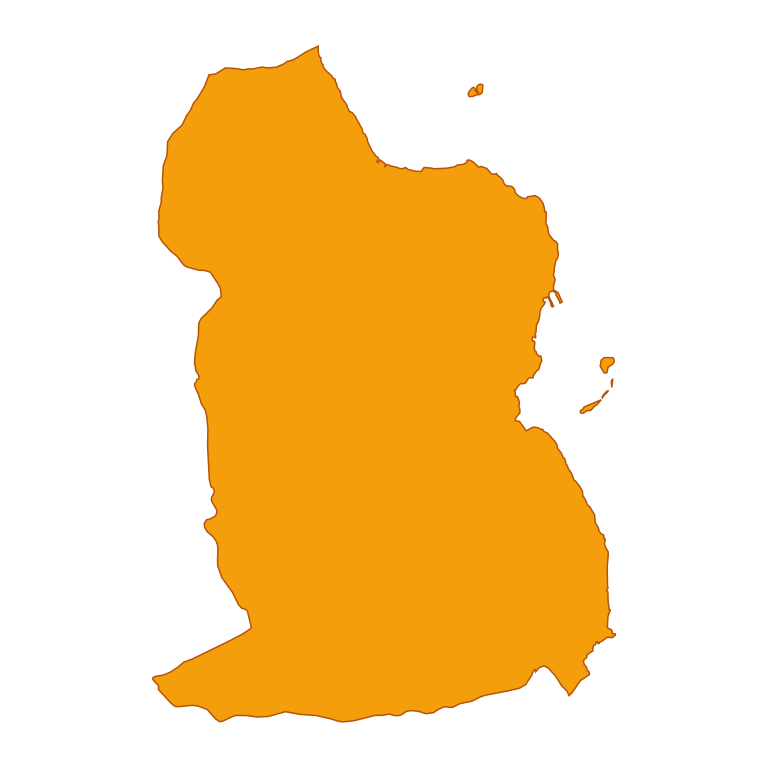 the district of Asseb, Debubawi Keyih Bahri, Eritrea
{"feature_id": "51966322B31129292770878", "entity_name": "Asseb", "entity_type": "district", "adm_level": 2, "iso_a3": "ERI", "parent_name": "Eritrea", "parent_adm1": "Debubawi Keyih Bahri", "projection": "natural_earth1", "projection_center": [42.689, 12.973], "detail": "fine", "context": "isolated", "style": "filled", "palette": "amber", "viewbox_px": 768, "rotation_deg": 0, "n_neighbors": 0, "source": "geoboundaries", "source_scale": "gbopen_adm2", "svg_char_len": 6079}
<svg xmlns="http://www.w3.org/2000/svg" viewBox="0 0 768 768"><path d="M589.5,674.5L589.3,672.7L588.4,671.0L587.2,670.6L586.5,667.1L584.0,664.1L583.5,660.4L586.8,657.4L586.8,655.5L588.5,653.7L592.9,650.8L592.9,647.6L593.6,645.2L595.3,644.8L596.4,641.6L597.6,642.0L597.9,643.5L599.1,643.4L600.0,642.1L602.3,641.0L607.3,637.2L612.3,637.7L615.3,635.1L615.2,633.8L612.3,633.6L612.2,631.2L611.1,629.3L608.3,628.7L607.4,627.0L607.9,616.7L610.3,609.9L609.2,609.6L608.1,600.7L607.9,592.0L606.7,591.0L606.4,590.0L607.6,589.1L608.0,587.4L607.5,585.9L607.2,566.9L608.3,554.4L608.1,551.7L605.6,547.4L604.5,544.0L605.2,539.1L604.2,538.9L603.5,534.7L601.3,534.1L599.0,531.0L598.4,527.9L595.2,522.5L594.6,514.9L589.9,507.0L587.3,504.7L585.9,500.8L584.0,497.4L583.1,496.9L582.3,490.8L578.9,485.2L575.5,481.1L574.1,480.3L571.4,473.1L568.2,468.6L567.3,465.4L566.2,464.6L565.0,459.5L564.0,457.9L563.2,457.7L561.4,453.3L557.5,448.1L556.7,444.1L554.7,441.2L547.5,433.1L545.2,432.1L543.4,430.8L542.6,429.4L540.6,429.2L538.3,427.9L535.3,427.2L532.7,427.2L526.3,430.9L519.5,421.4L515.5,420.8L515.5,418.5L516.0,417.6L519.9,412.7L519.8,409.1L519.0,406.8L519.4,402.6L519.1,401.4L517.8,397.2L517.1,396.5L516.1,396.7L515.5,396.1L515.2,391.9L514.2,390.3L515.6,390.0L518.6,385.5L520.6,383.6L523.6,383.7L525.6,382.9L528.1,378.6L529.3,377.7L533.0,377.9L533.3,375.7L536.5,371.1L538.9,369.1L539.8,365.3L541.8,360.8L540.9,356.2L538.9,355.9L536.8,354.2L536.0,351.5L534.6,350.4L534.4,346.9L534.8,342.2L534.2,341.1L532.4,340.8L532.1,338.5L533.0,337.0L535.5,337.7L535.8,335.9L534.9,334.0L535.9,332.7L536.6,324.5L538.3,321.9L539.7,315.8L540.1,311.3L541.0,308.2L543.7,305.1L545.2,302.2L544.5,301.6L543.4,301.6L542.9,300.5L543.3,299.2L543.8,298.2L546.4,297.9L546.6,296.9L547.9,297.0L550.8,303.1L551.1,305.8L552.5,306.9L553.5,306.2L548.9,296.2L549.0,293.9L549.7,292.0L551.7,291.3L553.7,291.3L556.0,293.1L555.9,294.8L559.2,300.6L560.0,303.1L561.1,302.8L562.2,301.8L558.0,292.6L553.8,290.0L553.4,289.1L553.5,286.4L555.1,279.6L553.3,274.2L554.2,272.3L554.3,267.8L556.0,260.1L557.4,258.7L558.4,254.5L558.1,251.5L557.5,250.3L557.6,243.9L555.8,241.4L553.8,240.6L549.2,234.8L548.4,232.7L547.7,227.0L545.9,223.5L546.3,214.8L546.0,211.7L544.8,211.6L544.4,208.3L543.0,203.3L539.6,198.3L535.3,195.6L527.5,196.8L527.1,197.9L526.3,198.5L523.3,198.4L519.0,196.4L515.9,193.5L514.8,191.4L514.8,189.9L513.2,187.6L511.5,186.4L506.5,185.8L504.4,184.2L502.6,179.8L500.3,177.3L497.5,175.3L496.7,173.6L492.7,174.3L491.4,173.9L486.8,168.5L481.6,166.5L478.9,167.2L473.0,161.8L470.0,160.2L467.5,160.0L466.7,161.3L466.7,162.5L463.3,164.3L456.7,165.3L455.0,166.6L446.7,168.2L433.7,168.8L432.1,168.2L424.1,167.4L421.1,171.4L415.8,171.3L408.2,169.5L405.5,167.5L402.9,168.6L399.9,168.6L397.2,167.4L389.9,165.7L388.0,164.6L386.4,164.9L385.6,166.4L384.7,166.6L385.4,163.9L380.3,160.1L378.6,162.5L377.2,162.3L377.0,161.3L377.5,160.4L378.6,160.0L378.7,158.7L377.6,157.0L376.4,156.8L371.7,150.4L367.7,141.8L367.0,138.0L365.1,134.5L362.6,132.4L362.2,129.1L356.2,118.4L355.9,117.1L352.1,112.6L349.5,111.4L347.2,107.2L347.0,105.3L344.6,101.5L343.3,100.3L341.2,96.5L340.4,91.5L337.3,87.5L336.4,82.9L335.4,82.3L335.1,79.2L332.8,78.1L332.1,76.3L326.4,71.1L323.5,67.3L323.1,65.0L321.7,63.2L320.9,60.7L320.9,57.7L319.8,57.3L318.9,55.3L318.3,52.7L318.3,46.1L306.2,51.8L295.3,58.7L291.8,60.3L286.5,61.6L285.5,62.9L282.8,64.4L276.2,67.2L267.4,67.9L262.2,67.0L252.6,69.0L249.0,68.9L242.9,69.8L237.4,68.7L225.4,67.9L215.8,73.9L209.0,74.9L204.4,86.8L197.2,98.8L193.2,103.7L190.6,110.1L187.1,114.7L182.1,125.0L172.7,133.6L167.6,141.8L167.0,155.3L163.3,165.9L162.4,181.2L163.0,187.9L161.3,197.3L161.2,202.7L158.8,211.0L159.0,218.9L158.2,221.8L158.8,226.2L158.8,234.8L159.3,236.9L161.8,241.1L170.9,251.4L177.2,256.3L182.5,263.6L184.6,265.6L187.1,267.0L198.6,270.2L204.9,270.5L210.5,272.3L217.6,283.1L220.5,288.6L221.2,295.5L220.9,297.1L217.0,300.3L211.9,308.0L201.3,318.4L199.7,321.1L198.7,324.0L198.4,335.7L195.4,352.2L194.5,362.8L196.0,370.9L198.2,374.5L199.3,377.5L198.4,379.2L196.8,379.4L196.6,381.0L194.8,383.7L194.5,385.6L198.1,393.6L201.5,403.9L205.2,410.0L206.8,416.6L207.9,428.8L207.6,446.6L209.3,479.3L211.1,486.9L213.4,488.3L214.2,491.0L214.2,492.6L211.7,497.1L211.4,499.1L211.6,501.1L217.0,510.5L216.5,514.0L214.7,516.5L209.9,519.0L206.6,519.8L204.6,522.7L204.2,524.2L204.6,527.1L206.0,529.7L207.5,532.0L213.6,537.2L216.3,541.6L217.5,545.0L218.0,550.3L217.5,559.8L217.7,565.7L221.8,577.6L232.4,592.2L238.5,604.7L241.9,608.3L245.6,609.3L247.4,611.1L251.4,627.6L250.5,628.7L242.4,634.1L228.4,641.4L192.1,659.1L183.8,662.1L178.1,667.0L170.6,672.0L163.1,675.1L155.1,676.5L153.1,677.5L152.7,678.7L153.0,679.7L158.6,685.9L158.5,689.6L170.6,702.8L175.3,706.5L178.5,706.7L192.8,705.3L198.5,706.2L207.1,709.4L215.5,718.9L219.8,721.7L222.4,721.3L233.7,716.0L236.5,715.4L247.0,715.6L257.0,717.0L268.0,716.5L285.5,711.7L300.1,714.4L316.1,715.5L330.8,718.9L338.5,721.3L343.0,721.9L354.1,720.7L375.0,715.4L382.8,715.3L389.5,714.1L394.4,715.5L398.1,715.7L401.5,714.7L405.9,711.6L410.3,710.6L417.9,711.2L426.1,713.7L433.6,712.6L437.6,709.8L444.3,706.7L450.1,707.3L453.1,707.1L459.7,703.7L471.8,701.2L480.9,696.7L485.4,695.2L509.0,690.7L519.7,688.1L525.7,684.5L531.4,675.8L533.4,671.0L535.2,669.7L535.7,671.8L538.8,668.0L542.7,666.2L544.3,666.1L548.1,667.9L555.6,676.1L561.9,686.1L567.1,691.2L569.0,695.6L571.9,693.0L580.4,680.6L589.5,674.5ZM606.9,372.7L608.1,367.2L612.5,364.2L614.0,362.4L614.1,359.7L613.5,358.2L612.6,357.6L604.3,357.6L601.2,360.2L600.2,366.3L604.2,373.0L606.9,372.7ZM482.2,92.7L482.9,85.1L481.4,84.3L479.3,84.3L477.3,85.8L476.6,88.1L476.6,90.1L477.9,91.5L478.3,93.0L477.2,92.8L475.5,91.0L474.5,88.0L473.6,87.3L472.4,87.8L469.2,91.4L468.2,93.6L468.6,95.8L469.8,96.7L473.3,96.3L476.2,94.9L479.5,94.6L482.2,92.7ZM583.3,413.2L587.0,410.6L590.6,410.5L595.2,405.6L597.0,404.7L601.2,399.8L585.0,406.6L583.9,407.3L583.0,409.0L580.3,410.8L580.5,412.9L583.3,413.2ZM603.4,396.0L606.8,392.7L608.6,390.4L606.3,391.7L603.6,394.7L602.1,397.1L602.4,397.8L603.4,396.0ZM611.8,387.4L612.8,378.7L611.3,381.3L611.8,387.4Z" fill="#f59e0b" stroke="#b45309" stroke-width="1.5"/></svg>